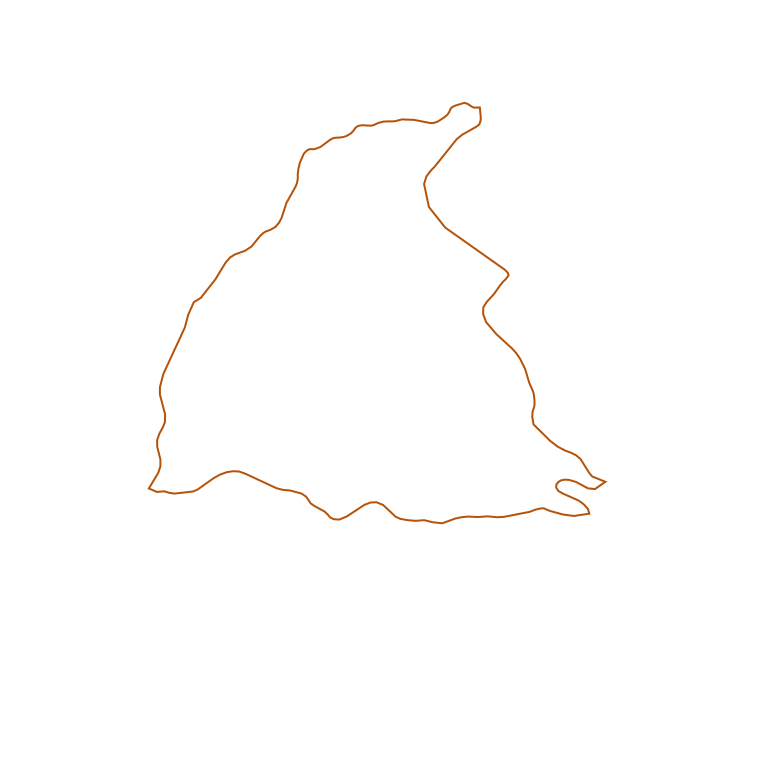 SVG path tracing the border of Lilongwe, rotated 51°
{"feature_id": "MWI-1909", "entity_name": "Lilongwe", "entity_type": "District", "adm_level": 1, "iso_a3": "MWI", "parent_name": "Malawi", "parent_adm1": "", "projection": "orthographic", "projection_center": [33.699, -14.021], "detail": "fine", "context": "isolated", "style": "outline", "palette": "amber", "viewbox_px": 768, "rotation_deg": 51, "n_neighbors": 0, "source": "natural_earth", "source_scale": "10m", "svg_char_len": 2469}
<svg xmlns="http://www.w3.org/2000/svg" viewBox="0 0 768 768"><g transform="rotate(51 384 384)"><path d="M317.2,632.5L310.9,615.2L307.1,609.4L302.0,605.3L290.0,599.7L284.9,595.7L281.2,589.8L278.9,584.0L276.0,578.5L270.0,573.3L251.2,564.8L245.5,560.2L237.4,549.3L214.8,503.3L206.9,492.4L200.7,480.3L201.8,471.9L201.7,471.9L196.5,449.0L189.8,430.2L188.8,423.8L189.5,418.3L193.0,408.1L193.8,400.6L190.9,386.7L190.7,382.5L191.2,379.4L192.6,375.7L193.6,369.6L192.6,364.1L190.6,359.3L181.8,345.7L174.9,328.4L173.1,325.2L170.2,321.8L166.9,319.2L163.0,315.2L159.0,310.0L154.5,301.2L154.0,297.1L154.6,294.1L157.5,290.6L158.7,287.7L159.8,284.0L160.3,272.3L161.0,268.9L162.1,266.7L164.8,263.0L166.3,260.5L167.6,257.3L168.4,252.1L168.0,248.5L167.0,245.1L167.0,242.5L167.9,240.3L169.0,238.3L175.1,231.5L176.2,229.3L177.6,224.0L179.6,219.5L182.3,215.7L183.8,214.0L186.7,210.1L189.7,203.5L197.7,194.4L210.8,183.4L212.5,180.8L213.9,177.0L214.7,169.4L214.6,165.1L213.6,162.0L212.5,160.1L211.7,157.7L212.2,154.3L216.1,144.5L219.0,142.7L223.2,141.4L225.7,140.3L229.4,135.5L238.0,141.2L240.2,143.3L242.2,146.5L242.2,150.0L239.5,166.4L239.5,173.5L246.9,207.4L247.7,213.8L249.4,220.4L253.8,227.0L274.7,237.7L301.0,238.0L371.6,218.1L375.7,217.8L378.0,218.9L379.0,222.8L379.5,227.3L380.4,231.8L383.3,241.8L384.9,252.7L386.9,258.5L392.1,263.0L400.2,265.7L415.9,265.3L437.4,262.1L443.4,261.8L450.3,262.4L461.2,264.9L474.3,270.3L483.3,272.8L486.2,274.0L491.7,277.5L495.3,280.5L496.7,282.3L499.0,285.9L502.9,289.5L509.5,293.2L532.6,290.7L541.9,288.5L549.9,285.0L555.4,281.8L560.5,279.5L566.2,278.5L582.4,280.5L586.9,280.4L599.3,273.5L598.4,286.2L593.4,291.2L581.0,296.4L575.0,300.5L572.1,303.7L570.2,307.3L569.9,310.2L570.6,313.3L572.9,315.4L576.8,315.8L581.4,314.1L596.9,306.2L600.4,305.1L603.9,304.4L609.5,304.2L614.0,306.0L606.1,319.4L597.9,327.2L586.5,335.3L581.1,338.1L578.9,341.2L576.8,345.8L575.0,351.3L562.8,374.3L558.7,380.0L552.2,386.6L546.6,394.6L540.0,402.0L536.2,407.8L533.4,413.3L528.9,426.4L522.0,433.2L515.2,438.4L510.1,445.7L504.5,451.5L499.2,456.1L494.5,458.5L477.5,460.8L471.1,464.3L467.7,468.9L465.6,475.2L463.5,496.4L461.2,504.1L457.6,508.0L454.0,509.8L449.8,509.9L445.6,510.5L434.9,514.9L430.6,516.1L422.7,515.4L417.3,517.0L407.8,523.9L402.5,529.3L397.4,533.1L366.5,548.2L360.8,551.7L356.8,556.2L353.6,561.6L351.3,568.2L350.0,575.4L348.7,595.4L347.3,600.2L337.3,615.8L333.4,619.4L329.0,622.4L325.0,628.4L317.2,632.5Z" fill="none" stroke="#b45309" stroke-width="2"/></g></svg>